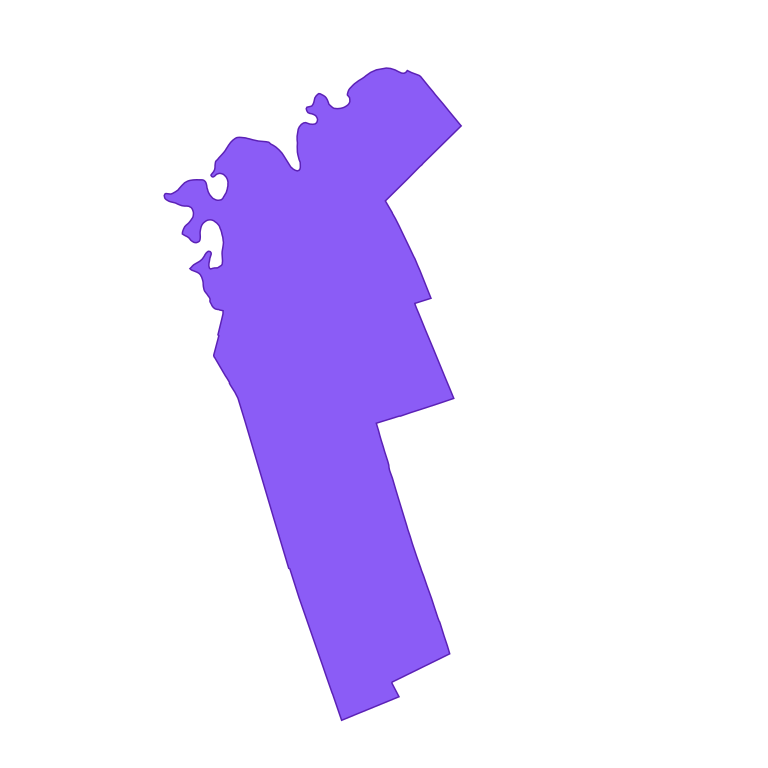 Marculesti, Ialomita, Romania (Equal Earth projection), rotated 336°
{"feature_id": "2599482B62115635478960", "entity_name": "Marculesti", "entity_type": "district", "adm_level": 2, "iso_a3": "ROU", "parent_name": "Romania", "parent_adm1": "Ialomita", "projection": "equal_earth", "projection_center": [27.519, 44.55], "detail": "fine", "context": "isolated", "style": "filled", "palette": "violet", "viewbox_px": 768, "rotation_deg": 336, "n_neighbors": 0, "source": "geoboundaries", "source_scale": "gbopen_adm2", "svg_char_len": 6130}
<svg xmlns="http://www.w3.org/2000/svg" viewBox="0 0 768 768"><g transform="rotate(336 384 384)"><path d="M461.8,324.8L463.0,295.0L463.0,289.5L463.2,282.2L463.0,279.6L462.8,270.7L462.3,253.7L462.1,245.9L461.7,237.7L461.1,231.7L461.2,230.7L459.7,217.3L488.4,206.5L505.2,199.9L507.7,199.2L509.5,198.3L559.5,179.6L558.8,177.3L557.5,172.5L554.3,161.0L553.7,158.7L552.0,152.4L548.5,140.4L547.7,137.0L545.8,130.4L542.5,118.0L541.6,116.4L540.3,115.1L535.8,110.7L532.8,107.1L530.7,108.2L528.7,108.3L526.6,107.2L524.2,104.5L521.9,101.6L518.3,98.4L514.6,96.3L504.8,93.9L498.6,93.9L493.0,95.0L490.9,95.6L488.2,96.1L484.1,96.6L479.2,97.7L476.9,98.5L475.0,99.3L472.8,100.2L471.5,101.0L470.3,102.1L468.4,104.4L468.1,105.3L468.4,106.1L469.0,108.4L468.4,110.4L467.7,112.1L466.6,113.2L465.5,113.9L464.6,114.3L463.0,114.7L460.4,115.0L458.6,114.9L456.4,114.5L453.4,113.5L450.4,111.8L449.6,110.7L448.8,109.1L447.5,106.1L447.7,103.7L447.8,101.5L447.6,99.3L447.1,97.6L446.1,95.9L443.8,93.0L442.6,92.2L441.3,92.4L439.2,93.2L437.1,94.6L435.4,96.9L434.4,98.2L432.8,99.7L431.0,100.7L428.7,100.3L426.2,99.8L424.9,100.9L424.6,103.0L424.9,105.1L426.1,106.5L428.2,108.0L429.6,109.5L430.7,111.0L431.1,113.1L431.0,115.1L430.0,116.7L428.7,117.9L426.8,118.4L424.6,117.8L422.0,116.4L418.7,113.3L416.7,112.8L414.1,113.2L411.3,114.6L409.3,116.3L408.2,118.0L405.4,122.3L403.9,125.7L403.0,128.5L401.3,131.8L399.2,136.9L398.5,139.8L397.7,144.5L397.6,147.4L396.5,150.2L395.6,152.2L394.7,153.4L393.4,154.2L391.5,154.1L389.8,152.6L388.4,150.7L387.6,148.8L387.1,147.8L385.2,134.4L384.7,131.5L383.4,127.6L382.7,126.0L381.5,123.4L379.8,120.8L378.2,118.8L377.1,116.3L374.8,114.7L368.0,110.9L363.5,107.6L360.6,105.2L359.2,104.2L357.8,103.0L356.3,102.1L353.5,100.5L352.1,99.8L350.7,99.3L349.4,99.0L347.6,99.2L346.3,99.5L345.0,99.8L343.7,100.3L342.4,100.8L341.3,101.4L340.3,102.0L339.0,102.7L337.9,103.5L335.7,104.9L334.0,106.1L332.0,107.2L329.4,108.4L325.2,110.2L323.1,111.3L321.8,111.7L321.0,112.1L320.4,112.6L319.5,114.0L318.6,115.5L317.9,117.0L317.3,118.1L316.3,119.4L314.7,120.7L311.8,122.2L311.1,122.6L310.8,123.0L311.0,124.3L311.6,125.1L312.5,125.4L313.8,125.2L315.7,124.5L316.7,124.3L317.7,124.4L319.2,124.6L320.5,125.3L321.4,126.0L322.5,127.1L323.0,128.1L323.8,130.2L324.0,131.1L324.1,132.1L324.1,133.5L323.9,134.7L323.6,136.2L323.0,137.3L321.9,139.7L321.0,140.8L320.1,142.2L318.6,143.9L317.7,145.0L316.6,145.7L315.5,146.5L314.4,147.3L313.6,147.8L312.8,148.5L311.9,149.0L311.3,149.2L310.5,149.5L309.2,149.3L307.7,148.9L306.2,148.2L305.0,147.1L304.2,146.1L303.1,144.7L302.4,142.5L301.8,140.3L301.6,138.0L301.6,136.5L301.9,134.8L302.1,132.8L302.8,130.4L303.1,128.7L303.2,127.4L303.0,126.2L302.3,124.7L301.5,123.9L300.6,123.4L298.2,122.3L295.9,121.2L294.1,120.5L292.5,119.9L291.0,119.5L289.6,119.1L288.3,118.9L287.0,118.8L285.7,118.9L283.6,119.1L282.4,119.6L281.0,120.1L279.3,120.8L276.0,122.3L275.0,122.9L273.2,123.3L271.6,123.6L268.3,123.9L266.6,123.8L265.1,123.0L262.3,121.3L261.2,121.3L259.9,122.4L259.5,124.0L259.4,125.5L260.1,127.1L261.3,128.8L262.0,129.7L263.2,130.8L267.1,133.8L268.6,135.6L270.2,137.3L271.9,138.9L274.3,140.4L276.0,141.1L278.0,142.3L278.9,143.5L279.6,144.4L279.9,145.6L280.0,146.8L279.9,148.2L279.7,149.6L279.2,150.9L278.4,152.3L277.6,153.5L276.4,154.5L275.5,155.0L273.9,156.0L272.6,156.7L271.2,157.4L269.4,158.0L268.2,158.3L266.0,159.2L264.0,160.8L263.1,161.7L262.6,162.2L261.6,163.4L260.8,164.9L261.9,166.6L262.9,167.9L264.1,169.3L265.2,171.1L265.7,172.9L266.0,174.2L266.9,175.8L267.9,177.2L268.9,178.0L270.2,178.6L271.8,178.7L273.2,178.5L274.0,178.0L274.9,176.9L276.0,174.9L277.4,171.2L278.1,169.9L279.1,168.4L280.1,167.0L281.0,165.9L282.3,164.7L283.4,164.0L284.6,163.4L285.7,163.1L286.9,162.8L288.3,162.6L289.5,162.6L290.8,162.9L292.2,163.4L293.3,164.1L294.3,165.0L294.9,165.7L295.6,167.0L296.7,168.9L297.3,170.7L297.6,171.7L297.8,172.9L297.6,175.4L297.6,177.1L297.3,179.5L296.9,181.2L296.4,184.5L295.4,187.6L295.0,189.2L293.9,191.2L292.4,193.6L290.9,195.8L290.0,197.2L289.1,199.0L286.5,206.0L285.6,207.5L285.0,208.7L283.8,209.5L279.2,210.2L277.7,209.6L276.5,209.1L274.9,208.7L273.3,208.5L272.3,208.3L271.7,207.4L271.8,206.1L272.1,204.7L273.0,202.9L273.7,201.8L274.6,200.6L275.3,199.5L276.1,198.3L277.0,197.3L278.8,195.3L279.2,194.5L279.4,193.9L279.3,193.2L279.1,192.4L278.7,192.1L278.0,191.5L277.3,191.3L276.4,191.5L275.3,191.8L274.5,192.2L273.0,193.1L272.2,193.8L271.0,194.6L270.2,195.1L268.4,196.1L265.6,196.9L264.0,197.1L261.9,197.3L260.2,197.5L258.7,197.7L256.9,198.3L255.9,198.8L253.6,199.7L254.0,200.6L254.6,201.7L257.0,204.1L258.9,206.1L260.0,207.7L260.4,208.7L260.7,209.6L260.7,210.7L260.9,211.8L260.8,212.9L260.7,214.3L260.3,216.8L259.8,218.4L259.2,219.8L258.6,221.6L258.0,224.4L257.9,226.0L258.3,228.0L258.8,229.8L259.1,231.5L259.3,232.5L259.6,233.6L259.7,235.1L259.5,236.0L258.9,237.0L258.6,237.7L258.5,238.4L258.6,239.5L258.7,240.9L258.7,241.8L258.8,243.1L259.3,244.9L260.4,246.8L262.4,248.3L263.3,248.7L263.8,249.3L263.9,249.5L266.8,251.6L265.4,254.5L262.3,258.6L255.1,267.9L252.3,271.5L252.7,272.8L240.4,288.1L240.0,288.8L239.9,289.2L239.9,290.7L240.1,291.1L242.4,311.9L242.9,314.8L243.5,319.6L243.1,320.3L243.2,322.4L244.1,328.6L244.5,331.2L244.5,332.1L244.8,337.6L241.9,361.3L228.4,463.8L225.2,488.8L222.0,513.6L222.8,514.7L219.4,545.2L219.4,545.6L214.3,605.5L213.3,617.6L212.5,626.3L210.9,645.5L211.0,645.8L208.5,674.0L223.7,674.4L270.5,675.8L269.6,661.5L269.6,660.8L269.6,660.4L269.8,660.0L270.3,659.6L334.3,657.2L334.6,655.0L335.4,648.9L336.4,638.5L338.0,625.0L338.0,624.2L338.1,623.8L337.9,623.4L338.1,619.5L339.4,606.8L340.2,599.3L341.2,585.5L342.1,575.6L342.4,569.7L342.7,567.0L343.1,562.1L343.6,555.6L345.0,541.0L345.6,536.3L345.9,534.0L346.6,526.5L347.1,523.1L350.2,497.8L350.7,493.7L351.9,484.3L353.4,473.3L353.8,467.4L354.0,465.1L354.6,462.3L355.4,460.0L356.0,456.2L357.1,445.9L357.8,440.9L358.5,434.6L359.2,429.5L360.0,424.6L361.0,416.7L383.8,419.4L385.0,419.6L385.9,420.0L386.5,420.1L388.0,420.2L397.0,421.0L406.0,422.0L430.5,424.5L441.9,425.5L442.2,415.5L442.5,402.3L443.4,370.7L443.8,352.6L444.4,334.2L444.5,328.6L444.7,324.4L444.9,322.9L461.8,324.8Z" fill="#8b5cf6" stroke="#5b21b6" stroke-width="1.5"/></g></svg>